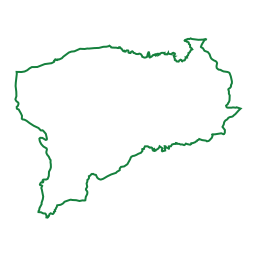 outline of Bazartete, Liquica, East Timor
{"feature_id": "22284137B77878310699205", "entity_name": "Bazartete", "entity_type": "district", "adm_level": 2, "iso_a3": "TLS", "parent_name": "East Timor", "parent_adm1": "Liquica", "projection": "mercator", "projection_center": [125.444, -8.63], "detail": "fine", "context": "isolated", "style": "outline", "palette": "green", "viewbox_px": 256, "rotation_deg": 0, "n_neighbors": 0, "source": "geoboundaries", "source_scale": "gbopen_adm2", "svg_char_len": 5694}
<svg xmlns="http://www.w3.org/2000/svg" viewBox="0 0 256 256"><path d="M206.4,38.5L205.9,39.1L204.2,39.3L203.5,39.6L198.4,39.8L191.9,39.0L190.6,38.4L189.6,39.0L188.0,38.9L184.9,40.1L184.6,40.6L184.8,40.9L186.1,41.1L186.7,41.7L187.6,41.6L188.1,42.2L188.7,42.5L188.9,44.0L190.0,44.8L190.2,47.3L191.5,48.2L192.3,49.4L190.8,50.1L190.0,51.9L189.6,52.1L189.1,52.9L188.5,53.1L188.6,53.7L188.1,54.6L188.1,55.2L187.0,56.2L187.1,56.8L186.1,57.1L186.4,57.5L185.9,57.5L186.1,57.8L185.5,58.5L185.0,59.8L184.5,60.4L183.3,60.5L182.5,60.9L182.3,61.3L181.9,61.2L181.3,60.0L180.6,59.7L179.3,60.5L178.6,61.6L176.6,61.4L176.2,60.5L175.1,60.2L174.8,59.9L174.8,58.5L174.4,57.9L174.1,56.9L174.1,56.6L174.5,56.4L173.9,56.3L173.6,55.6L175.0,53.9L174.7,53.4L173.3,52.8L172.3,53.2L171.7,54.3L169.3,53.9L168.3,53.5L168.2,52.9L167.4,54.3L167.1,54.3L167.0,54.0L166.1,54.4L164.7,54.2L164.6,52.9L163.9,53.2L163.2,52.8L161.5,52.9L160.3,53.5L159.9,54.1L159.6,53.8L159.3,53.9L159.1,54.1L159.3,54.4L159.0,54.6L159.1,54.3L158.5,54.2L158.3,53.8L157.3,53.8L156.5,54.5L156.6,55.1L156.3,55.3L156.3,55.1L155.8,55.1L155.7,54.6L155.4,54.7L155.5,54.4L155.0,54.5L154.9,55.1L154.8,54.5L153.5,55.1L153.2,55.0L151.4,56.8L150.7,56.8L149.9,57.5L149.5,57.2L149.6,55.6L149.1,54.6L149.4,54.2L149.1,53.2L148.8,52.8L148.9,52.4L148.5,52.3L147.9,53.5L147.5,54.9L147.3,56.1L147.1,56.4L147.5,56.4L147.4,56.6L145.7,57.5L144.3,57.6L142.2,56.7L142.1,56.0L141.1,54.4L139.8,53.7L139.2,53.6L138.1,54.1L136.2,54.0L134.4,53.0L133.6,52.9L133.0,51.8L132.2,51.3L131.0,52.0L130.5,53.0L129.1,52.9L128.5,52.5L128.5,51.2L128.1,50.5L126.8,50.4L126.1,50.8L125.6,51.6L124.8,51.6L124.5,51.5L124.5,51.0L124.2,50.7L123.4,51.1L122.9,50.8L121.4,48.5L120.5,48.3L120.1,47.5L119.7,47.7L119.2,47.2L118.9,47.3L118.5,48.0L118.1,48.1L116.3,47.7L112.5,47.6L111.2,47.4L110.9,46.8L109.4,45.7L108.7,46.2L106.4,46.7L103.3,46.8L99.0,47.9L94.3,48.1L88.8,48.6L87.4,48.5L84.6,49.0L80.0,48.8L74.4,51.3L71.4,51.6L68.9,52.5L63.3,56.7L61.9,58.2L59.3,59.4L57.9,59.4L57.7,59.9L57.2,60.1L56.3,60.0L55.8,59.3L55.2,59.4L54.6,60.3L54.1,60.7L54.3,61.4L54.0,61.9L51.5,63.2L44.7,64.1L37.3,67.0L31.8,67.1L29.5,68.4L27.3,70.2L24.6,71.5L21.5,72.0L16.6,71.9L16.8,73.9L15.8,82.6L15.6,86.1L16.3,91.8L16.4,96.2L15.4,99.2L15.7,100.1L16.5,101.3L17.9,102.3L18.4,103.0L18.5,104.0L17.9,105.8L16.7,106.9L16.8,108.4L17.0,108.8L18.7,109.5L20.9,113.4L22.0,115.8L21.8,118.7L22.6,119.4L24.5,119.7L26.6,120.8L29.6,123.1L33.8,125.8L38.5,128.0L40.7,130.3L41.1,130.5L42.6,130.3L43.7,131.3L45.8,133.8L46.8,138.1L46.9,139.0L46.7,139.6L46.3,139.8L45.6,139.9L42.4,137.9L40.3,137.8L39.4,138.6L39.6,140.3L40.0,141.7L41.3,144.2L43.4,146.5L46.6,148.4L46.9,149.5L46.3,152.1L46.5,153.3L47.2,154.7L48.8,156.7L49.9,159.2L50.5,159.9L50.6,160.6L50.5,162.5L50.8,164.2L50.9,167.2L50.4,169.0L49.0,171.7L48.8,176.0L47.9,178.3L47.6,178.9L46.3,179.5L43.3,179.6L42.7,180.2L42.6,180.6L43.3,181.7L43.0,182.3L42.5,182.5L41.6,182.2L40.8,182.7L40.2,183.7L39.9,184.6L40.2,185.1L41.5,185.3L42.2,185.9L41.3,188.0L41.8,189.5L43.2,196.6L42.8,199.2L41.6,202.7L41.6,204.2L39.5,208.1L39.2,210.0L38.5,211.2L38.5,212.1L41.1,212.3L43.2,213.4L45.2,213.5L45.6,213.8L46.6,215.9L46.4,217.4L47.5,217.6L47.9,217.3L48.2,216.3L48.3,216.2L48.5,216.5L49.0,215.8L49.4,214.3L50.6,213.3L52.6,214.0L53.2,213.8L54.1,212.5L54.0,211.8L55.1,211.2L54.8,210.0L55.6,209.3L56.1,207.9L56.7,207.1L57.2,205.3L60.5,204.8L61.6,204.3L63.2,203.3L64.4,201.9L64.9,201.6L69.8,199.9L70.9,199.7L72.2,200.0L76.2,200.2L79.5,201.0L82.4,200.4L84.5,200.5L85.3,200.3L85.8,196.9L87.2,194.1L87.4,192.4L87.2,191.4L86.0,189.8L85.9,189.1L87.2,186.8L86.6,183.4L87.3,181.7L87.4,179.9L88.2,179.4L89.0,178.0L88.9,176.2L90.0,175.8L91.4,174.2L92.0,173.9L92.5,174.1L93.2,173.9L94.3,174.6L95.9,174.9L97.2,177.6L98.5,178.8L100.2,179.5L101.1,179.5L103.2,178.8L107.4,176.3L111.3,174.4L115.9,172.9L117.1,171.7L119.7,170.2L119.8,168.4L121.0,166.9L124.2,166.4L127.4,164.2L130.1,159.3L130.7,157.7L131.4,156.7L133.1,155.9L134.2,155.8L136.4,154.9L138.3,153.8L140.9,152.8L142.4,151.0L142.2,149.1L142.3,149.0L143.6,149.1L144.0,148.9L143.9,148.4L145.0,146.3L147.8,146.3L148.8,147.2L149.6,147.2L149.9,147.7L151.5,147.5L152.2,148.0L152.6,149.8L153.0,150.1L153.5,149.2L154.2,148.9L154.6,149.8L153.4,150.3L153.3,150.6L154.3,151.0L155.6,150.6L156.2,149.8L157.6,149.1L158.5,148.3L159.3,147.2L159.6,146.3L162.6,148.4L161.9,149.8L161.9,150.9L162.3,151.3L165.2,150.5L164.7,146.2L165.5,146.3L166.4,147.7L167.5,147.8L168.7,148.7L169.0,148.6L168.9,146.4L170.9,146.3L172.0,144.5L174.1,143.9L175.2,144.0L175.7,143.8L175.9,143.0L176.7,143.1L176.8,143.8L179.3,143.9L180.5,144.5L182.1,144.4L184.1,145.1L184.8,144.8L185.9,143.6L187.2,144.1L190.1,144.7L191.1,144.1L191.2,143.3L192.1,143.1L192.6,143.2L195.2,142.2L195.9,141.5L196.8,141.2L197.4,140.2L198.8,139.7L199.2,139.0L202.1,140.1L205.9,140.6L206.9,141.3L208.4,141.0L209.3,140.5L211.8,137.8L212.6,135.7L212.1,134.6L212.4,134.3L215.1,134.3L221.3,133.3L223.4,134.2L224.1,134.0L224.8,132.7L224.9,130.0L222.5,126.9L223.8,124.3L224.0,122.9L224.5,121.6L225.5,120.4L227.2,119.4L228.4,117.8L230.1,117.0L231.6,116.8L232.7,116.4L234.4,114.8L235.2,114.3L238.7,110.4L240.6,108.6L236.6,107.3L235.9,107.7L232.9,107.4L231.6,107.7L227.8,107.7L226.9,107.4L226.4,106.8L226.1,105.6L227.8,104.1L228.0,103.3L228.9,102.1L229.5,100.4L229.7,95.4L228.9,93.7L228.9,91.2L228.3,89.6L228.5,89.0L230.1,87.8L230.7,87.1L231.1,85.9L230.9,85.3L231.9,83.2L231.9,81.3L230.8,76.4L229.6,73.2L229.2,72.7L227.7,72.0L223.5,71.4L221.3,70.4L220.7,69.9L218.6,69.6L217.4,68.7L216.7,67.9L216.5,66.2L217.1,63.1L216.5,61.9L215.6,61.1L214.3,60.6L212.3,59.4L211.2,58.4L210.5,57.0L209.6,54.3L207.9,52.1L204.5,50.8L202.9,48.2L201.2,47.3L200.9,46.9L201.8,44.5L204.5,40.0L205.9,39.6L206.4,38.5Z" fill="none" stroke="#15803d" stroke-width="2"/></svg>